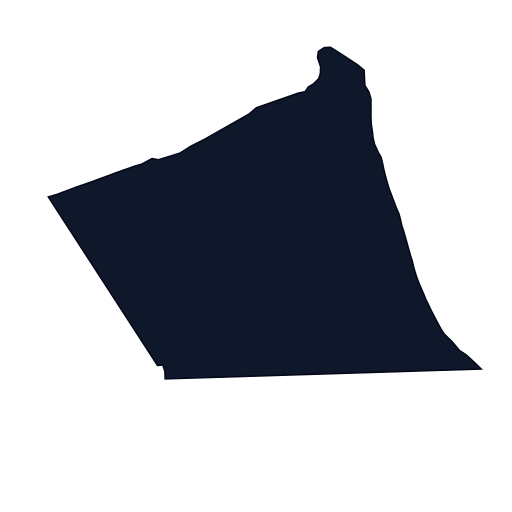 outline of Galinhos, Rio Grande do Norte, Brazil, rotated 72°
{"feature_id": "56859067B90906077559258", "entity_name": "Galinhos", "entity_type": "district", "adm_level": 2, "iso_a3": "BRA", "parent_name": "Brazil", "parent_adm1": "Rio Grande do Norte", "projection": "mercator", "projection_center": [-36.221, -5.183], "detail": "fine", "context": "isolated", "style": "filled", "palette": "ink", "viewbox_px": 512, "rotation_deg": 72, "n_neighbors": 0, "source": "geoboundaries", "source_scale": "gbopen_adm2", "svg_char_len": 1146}
<svg xmlns="http://www.w3.org/2000/svg" viewBox="0 0 512 512"><g transform="rotate(72 256 256)"><path d="M433.1,76.7L427.1,79.9L422.8,82.2L415.5,86.3L408.7,91.7L402.4,94.2L396.9,96.5L392.7,98.9L387.8,101.3L382.6,102.6L377.3,103.6L369.7,104.9L362.1,106.2L355.6,107.0L349.7,107.9L344.7,108.2L337.6,108.9L330.4,109.5L324.7,109.7L316.4,109.5L308.5,108.9L303.2,108.9L295.8,108.6L286.7,108.2L278.2,107.9L271.6,107.9L265.8,107.3L259.8,107.0L254.2,107.6L244.0,108.1L236.9,108.4L231.9,108.6L225.4,108.4L219.1,108.1L213.5,107.7L207.2,107.0L201.1,106.5L194.9,107.7L186.5,108.7L179.6,108.1L174.6,107.0L165.7,105.5L158.0,103.3L149.6,100.5L142.0,98.1L134.9,97.9L127.4,99.7L120.5,97.9L112.8,95.7L105.7,100.2L88.0,114.4L80.4,120.8L78.9,126.8L80.7,133.5L86.4,136.2L96.0,136.1L102.5,138.5L106.7,141.6L110.1,148.3L111.4,154.1L114.9,158.5L114.1,165.4L115.1,209.8L118.8,218.8L129.1,269.0L131.4,284.0L134.6,296.4L134.3,319.1L131.2,324.7L133.3,336.8L133.0,342.7L133.5,362.4L134.1,376.1L134.3,382.3L134.6,388.4L134.9,405.3L135.9,426.7L135.6,435.3L329.7,383.5L330.9,378.3L337.4,378.3L344.8,380.4L433.1,76.7Z" fill="#0f172a" stroke="#020617" stroke-width="1.5"/></g></svg>